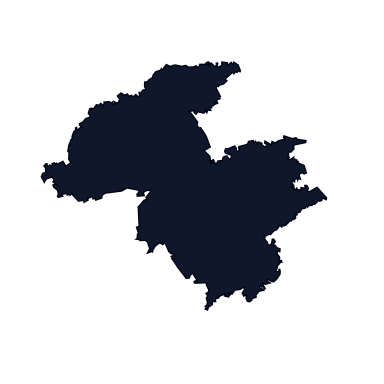 Soledad de Doblado, Veracruz, Mexico, rotated 151°
{"feature_id": "50627088B9477329295961", "entity_name": "Soledad de Doblado", "entity_type": "district", "adm_level": 2, "iso_a3": "MEX", "parent_name": "Mexico", "parent_adm1": "Veracruz", "projection": "mercator", "projection_center": [-96.46, 19.061], "detail": "fine", "context": "isolated", "style": "filled", "palette": "ink", "viewbox_px": 384, "rotation_deg": 151, "n_neighbors": 0, "source": "geoboundaries", "source_scale": "gbopen_adm2", "svg_char_len": 5992}
<svg xmlns="http://www.w3.org/2000/svg" viewBox="0 0 384 384"><g transform="rotate(151 192 192)"><path d="M108.4,292.7L109.2,290.7L111.3,290.7L112.7,295.4L116.3,294.4L116.6,295.5L114.2,296.5L114.8,298.0L117.4,297.9L117.6,296.7L123.3,299.9L124.8,298.5L127.1,298.4L127.2,300.4L129.8,300.5L134.4,302.8L136.2,305.8L139.9,306.7L145.0,311.1L147.2,311.9L149.5,311.4L149.2,312.2L150.5,312.7L152.7,315.9L159.1,313.0L159.2,314.6L160.2,313.6L165.3,314.7L169.1,313.2L171.1,311.2L175.8,310.9L177.3,309.9L180.1,311.0L182.3,307.3L182.6,303.9L185.9,305.0L187.9,303.4L189.9,304.7L191.4,301.1L193.0,301.5L194.0,304.5L197.1,303.5L198.2,305.9L200.5,306.2L201.1,309.1L204.1,309.4L206.2,313.0L210.7,312.1L210.3,308.2L213.1,305.8L214.8,306.4L216.2,308.7L216.7,306.0L218.2,307.0L218.0,309.2L219.2,308.6L220.6,311.1L223.6,312.5L225.0,312.0L225.2,313.1L227.7,310.2L228.9,313.8L231.0,312.8L233.3,314.6L237.8,312.5L239.6,314.2L241.2,314.3L244.4,311.1L244.1,306.8L249.4,307.7L253.3,306.1L257.3,306.2L257.9,305.1L257.0,302.8L261.6,301.7L262.3,303.0L261.7,304.4L262.8,304.5L263.8,302.3L265.9,302.2L270.0,298.6L270.4,296.8L272.0,296.7L277.4,292.2L280.8,287.8L280.4,286.0L283.9,280.4L283.6,276.3L289.9,275.6L290.0,281.3L296.7,281.6L296.7,282.9L298.0,282.6L298.5,284.3L300.5,284.5L300.3,283.3L302.5,283.3L303.6,284.7L305.2,283.8L306.1,285.5L305.1,286.8L305.9,287.4L308.8,286.6L308.4,283.8L310.4,280.0L313.5,280.6L316.3,278.4L316.5,272.1L313.1,274.1L307.2,273.0L306.6,269.3L308.6,268.3L307.2,264.7L310.2,265.5L310.5,262.9L308.7,258.9L309.5,255.6L311.7,253.3L311.5,252.2L307.0,251.0L307.0,252.8L305.3,252.7L302.0,251.1L302.4,249.8L299.7,249.1L300.0,248.3L298.1,248.8L295.7,239.1L291.1,237.4L291.4,235.3L286.8,235.4L286.8,236.9L281.7,236.6L281.8,233.9L280.1,234.1L280.1,231.6L273.9,230.5L272.1,232.8L268.4,233.1L253.0,227.0L246.9,227.1L238.3,220.0L238.0,217.7L241.0,216.8L241.9,215.1L241.3,214.6L235.5,212.0L235.2,215.0L232.2,215.5L228.5,214.4L227.4,212.8L234.9,209.5L234.4,207.2L237.8,208.0L246.2,205.0L254.9,187.5L257.6,188.0L258.8,181.7L260.0,181.6L262.5,177.9L263.6,177.8L260.7,175.6L261.0,174.8L256.3,172.5L255.1,169.9L256.4,162.9L260.5,160.2L256.0,159.5L255.4,158.2L255.4,159.6L250.3,162.6L244.7,163.3L243.1,160.2L240.2,160.9L241.1,151.0L240.3,150.9L240.5,148.7L239.3,148.3L240.2,147.7L239.0,147.9L238.3,145.5L241.4,145.7L241.0,144.0L242.0,143.5L240.8,141.8L241.6,142.0L241.0,133.6L238.9,119.4L236.1,118.2L234.2,120.0L230.8,120.9L230.4,112.0L232.8,112.7L233.9,112.3L233.6,110.9L223.3,105.6L224.3,104.0L224.8,98.0L226.3,96.4L228.9,96.4L228.5,93.6L231.0,92.1L231.8,87.9L233.8,86.0L235.9,85.4L235.1,83.7L237.1,83.2L235.6,81.3L232.5,84.3L232.1,83.4L228.7,83.8L227.4,86.4L224.5,84.7L223.5,87.3L220.7,86.7L220.2,89.1L220.4,86.6L217.4,87.6L213.6,86.8L212.2,88.2L211.6,86.7L213.8,85.2L211.1,82.6L206.8,84.2L209.8,85.3L209.7,86.3L206.5,85.4L206.3,83.4L202.1,85.5L197.4,83.6L193.1,83.8L193.3,81.3L197.1,79.2L197.2,75.9L194.2,75.7L196.2,72.7L196.5,69.7L194.9,68.1L191.9,68.6L192.1,69.9L187.0,68.9L186.0,70.9L181.5,72.8L177.2,71.4L177.8,74.2L179.0,74.3L179.2,76.4L178.7,77.1L175.7,74.6L175.8,71.9L174.8,72.1L174.9,77.9L172.3,75.7L167.8,74.7L169.1,76.8L168.6,78.8L167.5,78.9L166.6,76.4L164.4,74.0L160.8,74.5L154.9,77.5L153.2,80.2L152.9,81.8L153.8,81.8L153.8,80.6L156.5,80.9L156.7,82.7L154.1,84.4L154.1,85.5L148.6,87.7L147.9,87.7L147.5,87.1L147.4,87.1L147.1,88.7L148.5,89.4L148.2,91.9L147.4,91.8L147.0,93.1L147.6,96.3L146.5,98.4L145.3,98.6L144.2,97.3L142.6,99.5L145.0,102.4L145.1,104.9L146.4,105.5L145.6,107.1L143.3,108.4L143.5,111.2L144.6,111.7L147.5,108.2L149.9,107.7L151.1,109.1L150.6,111.6L151.2,115.0L152.0,115.2L150.3,116.7L150.3,118.7L148.2,117.6L144.9,117.8L144.1,116.7L139.7,118.3L136.3,118.0L131.3,120.3L130.5,117.9L128.7,119.2L128.3,117.9L125.7,117.6L120.4,119.4L119.2,118.5L117.6,119.8L116.9,118.9L115.1,119.9L115.2,118.7L113.6,119.5L113.8,121.2L111.0,121.2L110.9,123.0L108.6,122.4L107.6,124.1L107.3,122.2L104.2,124.1L101.0,123.1L97.5,125.1L98.4,122.8L95.2,123.4L93.8,122.2L91.6,122.6L90.5,121.8L85.2,123.3L84.7,122.1L82.7,121.7L81.9,123.0L80.4,122.9L78.3,120.3L77.2,121.7L80.4,135.5L89.5,135.2L90.8,136.8L88.4,138.8L88.5,142.1L90.1,143.0L91.2,140.3L94.5,143.0L95.8,140.8L97.3,142.2L99.1,142.0L98.5,144.5L100.3,143.9L101.3,144.8L100.2,147.7L101.9,147.3L102.6,148.3L99.8,149.6L100.7,151.6L97.7,153.3L97.6,150.6L96.6,152.7L94.6,153.1L93.3,152.8L93.8,151.2L92.4,152.3L91.0,150.7L90.2,155.0L88.2,155.9L85.6,154.9L85.2,153.5L82.8,153.2L81.1,160.9L84.8,165.3L84.5,166.9L85.9,166.5L84.8,169.0L86.8,171.5L86.2,173.1L90.0,172.6L92.5,174.5L90.2,175.3L90.6,176.1L88.6,179.3L87.4,180.0L86.3,179.0L82.0,180.3L80.3,183.8L68.6,180.2L67.5,181.7L74.2,186.8L74.8,189.0L78.5,190.1L84.3,196.4L85.4,195.2L84.9,193.0L91.5,194.9L95.3,194.5L97.5,197.3L99.7,194.7L103.5,201.1L104.7,199.5L103.1,196.4L106.2,195.9L108.2,199.4L107.3,200.7L109.7,203.6L111.7,202.6L111.9,205.5L114.5,204.7L113.5,207.2L118.2,208.8L119.1,207.4L121.5,207.0L128.7,208.9L129.6,208.5L130.4,205.5L132.3,205.2L133.1,206.1L132.1,208.9L132.4,211.5L139.4,212.3L141.6,213.6L143.7,211.6L143.9,209.8L139.6,205.0L142.2,201.9L143.7,203.4L144.0,206.5L145.5,207.2L147.9,207.2L150.1,204.8L154.3,206.5L157.1,204.6L158.0,206.6L157.7,209.9L159.7,209.8L160.8,208.8L159.7,207.7L161.5,207.7L159.2,214.7L161.4,222.5L154.3,222.5L152.7,233.4L152.8,238.3L154.2,239.7L152.9,239.7L153.3,244.0L154.8,244.5L155.5,247.8L153.3,250.2L154.2,257.8L154.9,262.6L156.8,264.5L151.0,262.3L151.6,260.1L150.7,258.1L148.0,259.4L143.8,255.6L142.6,255.3L140.5,257.4L140.5,254.3L138.6,256.0L136.1,254.4L135.8,257.1L134.0,256.2L133.6,257.4L131.0,257.3L128.7,258.8L128.9,257.6L126.5,257.3L126.2,260.5L122.3,260.1L122.3,261.8L120.9,261.7L120.6,271.2L118.9,272.8L117.9,271.5L116.0,272.2L112.2,271.2L107.6,272.4L108.3,274.5L107.7,275.0L98.9,276.9L97.9,276.8L98.0,275.2L95.5,276.0L94.5,274.8L92.3,275.6L91.7,274.0L90.9,274.6L90.2,280.7L92.5,285.2L94.3,283.4L94.9,286.3L99.2,285.2L98.5,287.9L102.8,291.1L104.6,288.2L110.0,288.6L107.4,291.7L107.2,292.5L108.4,292.7Z" fill="#0f172a" stroke="#020617" stroke-width="1.5"/></g></svg>